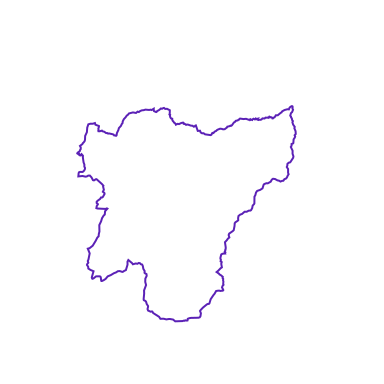 the district of Phong Tho, Lai Chau, Vietnam, rotated 59°
{"feature_id": "81297802B47938422647464", "entity_name": "Phong Tho", "entity_type": "district", "adm_level": 2, "iso_a3": "VNM", "parent_name": "Vietnam", "parent_adm1": "Lai Chau", "projection": "equal_earth", "projection_center": [103.331, 22.615], "detail": "fine", "context": "isolated", "style": "outline", "palette": "violet", "viewbox_px": 384, "rotation_deg": 59, "n_neighbors": 0, "source": "geoboundaries", "source_scale": "gbopen_adm2", "svg_char_len": 6010}
<svg xmlns="http://www.w3.org/2000/svg" viewBox="0 0 384 384"><g transform="rotate(59 192 192)"><path d="M272.0,205.2L268.6,203.9L267.5,202.7L267.1,202.6L266.2,203.2L264.9,202.1L263.8,202.0L262.9,201.4L260.6,199.1L260.6,198.0L260.9,197.0L261.8,195.3L261.3,195.2L260.9,194.5L260.1,194.8L259.0,193.3L258.5,193.1L258.2,192.5L256.8,191.6L252.0,189.6L251.3,187.1L250.5,185.3L250.2,183.4L247.9,182.8L247.4,182.4L246.8,181.5L246.5,177.2L246.2,175.9L243.1,173.1L240.8,171.5L240.3,170.4L240.2,167.7L240.0,166.9L238.1,165.9L236.5,164.5L236.2,162.3L236.6,160.4L236.0,157.1L237.1,155.3L237.2,153.0L238.0,151.5L238.0,150.8L236.9,148.8L234.9,147.0L234.3,145.0L233.9,144.4L228.2,140.9L227.3,139.3L225.5,137.5L224.7,135.9L224.7,135.2L225.3,132.5L225.2,129.7L222.7,126.9L222.4,126.0L222.8,123.7L223.6,122.6L223.7,119.2L222.7,117.6L222.4,116.6L222.4,115.7L223.7,114.1L226.0,112.8L227.2,111.5L228.6,110.8L228.9,108.9L229.4,107.9L228.6,106.2L228.9,104.4L228.4,103.1L227.3,101.6L226.5,100.0L225.1,99.8L221.8,97.8L219.4,97.9L219.2,97.7L218.5,96.7L217.1,95.8L216.9,95.2L216.7,93.9L217.1,92.9L217.0,92.2L214.8,87.7L213.7,86.7L211.0,86.1L208.4,84.5L204.3,84.1L203.6,82.8L202.1,81.9L202.4,80.4L202.2,79.9L199.2,77.8L198.3,75.9L197.6,75.0L196.2,74.8L195.7,73.2L193.2,71.9L190.0,71.4L189.1,70.4L186.3,70.6L183.9,70.0L183.2,69.0L181.8,69.1L180.3,68.5L179.2,68.7L178.3,68.3L177.2,68.5L175.5,66.7L175.2,66.0L175.1,65.1L173.5,63.0L172.2,62.9L170.9,61.9L170.2,61.8L169.8,62.2L169.7,63.1L169.8,64.3L170.0,65.0L171.1,66.4L170.2,67.6L169.4,70.4L169.3,73.2L169.9,74.3L169.8,75.0L170.4,79.0L169.4,80.7L170.0,81.6L170.5,82.9L170.3,83.6L170.6,84.8L170.3,85.2L169.6,85.0L168.6,85.7L168.0,87.2L167.5,86.7L167.2,86.9L167.7,88.3L167.2,88.6L167.1,89.2L166.1,90.7L166.4,91.9L165.2,93.7L165.6,94.9L165.5,95.9L164.8,96.9L164.5,98.0L163.4,98.8L163.0,98.0L162.7,99.1L161.8,99.5L162.2,100.7L160.9,101.5L160.9,102.6L161.3,103.3L160.4,104.0L160.3,105.0L159.6,104.8L159.5,106.0L157.1,108.0L156.0,110.3L153.8,113.0L153.8,113.6L154.2,114.4L154.0,115.1L154.2,115.9L153.5,117.9L154.0,118.8L154.0,120.3L155.4,123.5L155.3,124.1L155.4,124.6L154.9,124.9L154.9,126.0L154.2,128.1L154.7,128.8L155.0,131.6L154.3,133.1L153.3,133.9L152.2,135.3L151.8,137.8L151.8,138.9L152.1,139.8L151.9,141.5L152.5,143.2L152.4,143.7L151.9,144.0L151.9,144.4L152.9,145.9L152.8,146.8L149.3,151.1L147.6,151.8L146.9,153.1L145.4,153.9L143.6,153.6L142.6,155.6L136.9,154.4L136.8,155.0L137.1,156.1L137.0,156.8L135.5,157.4L134.5,158.8L132.3,160.6L131.6,161.5L131.4,162.5L130.4,162.8L129.3,164.0L128.4,163.6L127.9,163.9L127.3,165.8L127.1,168.2L126.2,169.1L126.0,171.1L125.2,170.9L124.7,171.2L124.0,171.2L123.2,171.7L122.0,171.6L121.2,171.9L119.8,171.7L119.0,171.2L118.0,172.1L116.7,172.1L115.2,171.6L114.6,171.0L113.9,171.4L113.2,170.6L110.5,168.9L107.8,170.6L107.0,172.2L105.5,172.7L105.3,173.3L105.2,174.9L104.4,175.6L104.8,177.9L104.7,180.3L105.1,181.1L105.0,181.6L103.1,182.9L102.4,182.8L100.9,181.9L100.9,184.5L100.1,185.1L99.6,186.5L97.4,189.5L97.0,191.2L96.2,192.9L95.9,194.6L96.1,196.4L95.1,197.2L95.4,199.3L93.4,201.6L92.2,205.6L92.8,207.1L92.9,208.6L93.7,210.3L94.5,213.0L95.8,215.0L97.2,216.1L97.6,217.3L98.7,218.8L99.6,221.8L100.9,223.1L102.8,226.0L104.6,227.5L104.7,228.2L104.2,228.4L103.4,229.6L102.3,229.7L101.1,230.8L99.2,232.8L98.7,233.9L98.0,234.1L97.2,235.3L95.1,236.2L93.8,237.5L93.0,237.6L92.4,239.9L91.7,240.9L91.1,240.7L90.4,240.0L89.5,239.7L88.1,238.1L87.5,237.8L84.6,240.1L82.9,239.7L82.4,241.9L81.1,244.0L80.6,246.0L82.8,248.6L86.6,251.3L88.9,254.7L92.1,256.8L93.0,257.7L93.7,259.3L93.9,260.4L94.5,261.3L94.8,264.3L96.5,264.4L97.9,265.3L98.4,266.4L99.2,267.2L99.4,269.8L99.8,269.9L100.0,270.4L101.4,269.7L101.4,269.2L102.5,269.5L103.2,268.9L103.4,268.4L102.8,267.9L102.6,267.2L104.7,266.8L106.3,267.8L110.8,269.7L113.0,270.1L114.8,271.2L116.3,271.3L117.2,272.0L118.1,273.4L118.5,275.4L117.1,277.6L116.9,278.7L117.5,279.5L120.1,281.4L121.9,277.6L124.0,275.4L124.5,274.1L124.5,272.5L125.3,271.1L127.7,270.6L130.8,270.8L131.3,270.4L131.6,269.9L131.5,267.9L131.9,267.2L138.8,265.1L141.0,264.7L141.5,265.4L144.7,266.4L145.9,268.3L147.6,267.6L148.6,267.9L150.3,270.9L150.4,271.8L149.8,272.8L150.6,274.3L150.9,277.6L151.4,278.9L152.5,279.4L153.7,278.9L154.1,279.0L155.0,280.9L156.6,282.3L157.5,281.5L161.6,275.4L162.1,274.5L162.2,273.4L162.7,273.1L163.7,276.4L166.4,278.4L166.7,279.9L168.1,282.6L170.3,285.0L172.6,288.5L178.2,291.7L180.0,293.5L181.9,294.9L182.3,296.6L184.3,299.8L186.9,304.8L187.4,308.7L186.9,310.5L191.9,311.3L196.6,315.6L197.5,316.9L199.2,317.3L199.9,319.1L200.4,319.6L202.6,319.5L204.2,320.3L206.6,319.1L209.2,317.2L213.6,321.9L214.8,322.2L215.2,321.9L215.3,320.7L214.9,317.7L216.7,314.6L217.2,314.2L218.0,314.1L221.3,315.5L221.6,315.5L221.9,315.0L222.1,313.1L222.0,310.8L220.9,307.7L221.4,304.4L221.4,300.7L221.8,298.6L221.7,296.4L222.6,294.6L224.6,292.9L224.8,292.3L224.7,290.7L224.9,288.9L221.1,284.7L218.5,283.2L217.5,281.6L222.1,280.0L223.5,279.9L224.3,277.0L225.4,275.8L225.4,274.2L226.2,273.3L227.5,273.1L228.3,272.2L228.6,272.1L230.2,272.3L232.8,273.3L235.4,273.3L236.8,274.3L237.6,274.1L238.8,273.3L239.9,273.7L240.6,274.1L242.2,276.6L245.0,278.4L248.1,279.3L251.7,283.8L254.4,285.3L259.0,288.7L259.9,289.0L261.5,288.0L262.5,287.9L264.6,288.5L267.1,288.4L267.8,288.8L269.4,290.4L271.0,290.7L273.3,289.1L273.7,287.9L274.0,287.6L275.8,287.6L282.0,284.5L284.4,284.4L286.0,281.6L288.0,279.6L289.0,277.1L289.5,276.3L291.6,273.9L294.2,273.0L297.8,266.5L298.0,265.4L298.6,264.6L298.5,263.9L299.6,262.6L299.8,262.0L298.5,260.9L298.8,259.2L299.4,257.7L303.1,251.2L303.4,249.9L302.8,248.7L300.5,246.8L298.1,246.4L297.6,245.3L296.7,242.0L296.0,237.1L296.1,236.1L296.6,235.2L296.4,234.4L293.5,231.2L291.4,226.7L290.9,225.2L289.3,222.3L290.0,220.5L290.8,219.2L291.4,218.7L292.1,217.0L292.4,216.6L292.4,215.9L291.9,215.6L289.2,215.4L288.2,214.1L287.8,212.8L287.0,212.7L284.9,211.2L283.8,210.9L282.5,210.0L281.4,210.1L280.6,209.3L278.4,210.0L276.8,210.9L276.0,210.9L273.3,212.1L273.0,210.1L272.1,206.8L272.0,205.2Z" fill="none" stroke="#5b21b6" stroke-width="2"/></g></svg>